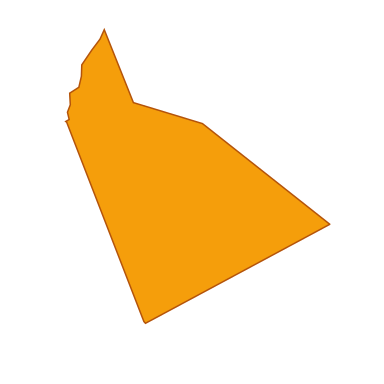 outline of Belvedere, Soufrière, Saint Lucia, rotated 13°
{"feature_id": "8701671B91352204106029", "entity_name": "Belvedere", "entity_type": "district", "adm_level": 2, "iso_a3": "LCA", "parent_name": "Saint Lucia", "parent_adm1": "Soufrière", "projection": "mercator", "projection_center": [-61.019, 13.835], "detail": "fine", "context": "isolated", "style": "filled", "palette": "amber", "viewbox_px": 384, "rotation_deg": 13, "n_neighbors": 0, "source": "geoboundaries", "source_scale": "gbopen_adm2", "svg_char_len": 406}
<svg xmlns="http://www.w3.org/2000/svg" viewBox="0 0 384 384"><g transform="rotate(13 192 192)"><path d="M333.4,192.4L332.8,192.1L186.8,123.0L114.8,118.1L70.0,53.6L68.0,63.7L62.5,76.1L56.0,92.9L58.2,104.1L58.2,115.4L50.6,123.2L53.8,134.4L52.7,142.3L56.0,149.0L53.1,151.7L54.2,152.2L174.3,329.1L176.2,330.4L332.7,193.2L333.3,192.7L333.4,192.4Z" fill="#f59e0b" stroke="#b45309" stroke-width="1.5"/></g></svg>